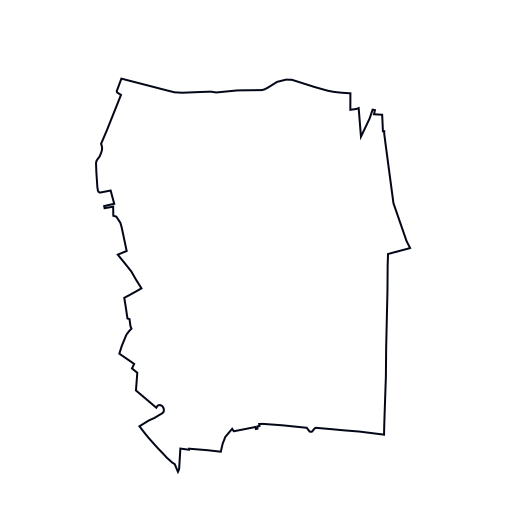 outline of Sayyida Zainab, Al Qahirah, Egypt, rotated 169°
{"feature_id": "37247803B41278628102289", "entity_name": "Sayyida Zainab", "entity_type": "district", "adm_level": 2, "iso_a3": "EGY", "parent_name": "Egypt", "parent_adm1": "Al Qahirah", "projection": "equal_earth", "projection_center": [31.246, 30.03], "detail": "fine", "context": "isolated", "style": "outline", "palette": "ink", "viewbox_px": 512, "rotation_deg": 169, "n_neighbors": 0, "source": "geoboundaries", "source_scale": "gbopen_adm2", "svg_char_len": 2405}
<svg xmlns="http://www.w3.org/2000/svg" viewBox="0 0 512 512"><g transform="rotate(169 256 256)"><path d="M164.4,56.2L162.7,64.1L159.9,76.4L151.5,112.9L145.7,141.3L133.8,195.8L128.5,221.9L126.0,232.8L104.1,234.3L103.7,234.3L103.2,234.4L105.4,242.0L106.4,249.2L111.0,281.5L107.6,339.0L106.8,351.7L106.3,354.0L106.9,354.1L107.2,354.1L107.6,354.2L105.2,370.6L113.1,372.6L112.3,374.5L111.4,376.5L113.6,377.4L118.3,369.2L130.2,353.1L127.0,381.6L128.2,381.4L129.3,381.2L135.5,381.5L132.3,397.7L140.0,399.7L145.0,401.2L149.2,402.6L154.1,404.6L159.5,407.3L167.6,411.4L168.7,412.1L169.9,412.7L178.1,417.2L187.1,422.1L192.8,423.4L202.1,422.9L212.5,418.9L216.1,417.9L217.5,417.8L218.9,417.8L242.6,422.1L263.7,424.1L266.6,425.1L268.8,425.9L271.2,426.3L279.9,427.7L297.1,430.3L305.0,432.3L305.6,432.6L306.1,432.9L310.5,434.9L323.9,441.3L354.3,455.8L359.6,447.1L361.3,444.3L361.2,443.7L361.1,443.0L357.8,439.9L378.5,407.7L386.7,395.6L386.4,393.6L386.4,392.8L386.5,391.2L387.2,388.9L388.5,386.6L390.1,384.1L391.0,383.0L391.6,382.6L392.4,381.9L394.3,380.0L394.8,378.9L395.3,377.8L396.7,368.9L398.6,353.8L398.7,350.2L398.2,348.8L397.0,348.0L386.2,348.0L385.2,334.3L386.0,334.3L395.5,334.0L395.5,331.8L386.8,331.7L388.4,322.7L387.0,322.0L385.6,321.3L382.8,314.4L382.6,312.2L382.4,309.9L382.0,285.6L391.4,283.7L389.3,279.7L385.5,272.6L381.3,264.5L378.4,255.9L374.6,246.1L387.3,241.9L393.3,240.1L393.6,230.4L394.1,219.2L393.2,218.7L392.2,218.2L392.6,212.0L392.6,211.0L392.4,209.8L392.1,208.5L395.1,206.3L398.3,203.4L405.0,193.2L408.8,186.2L396.2,173.3L399.2,169.3L394.8,164.0L399.5,146.9L382.8,126.1L381.8,127.2L381.5,127.4L380.9,127.9L380.0,128.1L378.6,128.0L377.7,127.4L376.5,126.3L376.0,125.0L375.7,123.7L375.9,122.2L376.4,120.7L377.5,119.8L379.0,119.1L381.3,118.4L386.6,116.4L392.3,115.1L402.9,111.1L398.8,102.9L396.1,97.9L392.2,91.3L389.0,86.0L384.9,79.7L382.1,75.1L377.8,69.4L377.1,68.7L376.8,68.4L375.5,67.2L374.8,63.8L373.8,59.0L373.1,60.0L372.1,61.6L367.0,81.4L358.7,78.6L358.5,79.1L358.4,79.6L340.6,74.6L327.9,70.6L324.5,78.2L320.6,84.3L312.4,90.9L311.8,89.5L311.2,88.2L294.0,88.2L289.3,88.3L289.2,87.4L289.1,86.2L287.5,86.2L287.2,87.8L287.1,88.5L285.8,88.5L285.0,88.5L285.0,88.9L284.9,90.5L282.7,90.1L280.9,89.8L262.5,84.8L239.0,77.7L236.9,73.5L235.6,72.9L234.4,73.0L231.9,75.1L231.1,75.7L230.5,75.8L229.9,75.9L214.9,71.6L202.3,67.9L188.2,64.0L164.4,56.2Z" fill="none" stroke="#020617" stroke-width="2"/></g></svg>